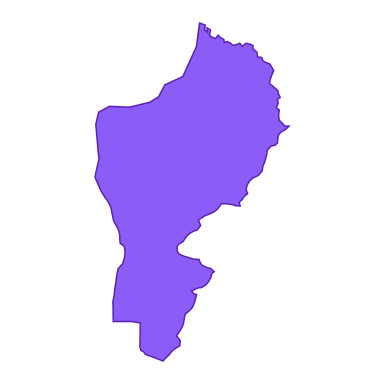 Paulicéia, São Paulo, Brazil (Mercator projection)
{"feature_id": "56859067B44376759807696", "entity_name": "Paulicéia", "entity_type": "district", "adm_level": 2, "iso_a3": "BRA", "parent_name": "Brazil", "parent_adm1": "São Paulo", "projection": "mercator", "projection_center": [-51.775, -21.212], "detail": "fine", "context": "isolated", "style": "filled", "palette": "violet", "viewbox_px": 384, "rotation_deg": 0, "n_neighbors": 0, "source": "geoboundaries", "source_scale": "gbopen_adm2", "svg_char_len": 2250}
<svg xmlns="http://www.w3.org/2000/svg" viewBox="0 0 384 384"><path d="M199.6,23.0L199.1,26.3L196.5,46.4L182.8,76.6L164.9,84.8L158.6,96.8L149.7,102.3L129.2,107.2L109.4,106.3L98.8,112.1L97.8,115.6L95.8,124.5L97.3,141.4L98.1,151.2L99.0,158.9L95.9,172.4L95.0,177.3L100.9,190.7L104.7,197.0L107.5,200.8L110.7,206.7L112.3,214.6L113.3,219.5L114.4,222.6L117.3,227.3L118.8,230.9L119.8,235.5L119.8,239.6L120.2,243.3L124.3,246.5L125.1,251.9L124.6,257.4L122.6,263.7L118.2,268.6L117.3,272.4L116.7,275.8L115.7,283.5L114.7,289.3L114.4,293.8L113.6,298.1L112.9,301.5L113.1,308.4L113.1,313.5L113.2,316.7L113.2,321.6L118.0,321.5L131.8,321.5L140.3,323.0L139.9,347.0L141.0,350.5L143.7,351.8L145.4,354.3L148.3,355.5L152.1,356.7L156.6,358.5L163.0,361.0L165.8,358.0L169.1,354.8L170.8,352.5L173.8,349.5L177.3,347.2L179.8,345.8L180.2,340.7L176.5,335.7L179.3,331.8L181.7,328.0L183.3,324.1L184.3,318.7L185.2,314.3L189.8,310.2L192.5,307.4L194.9,301.3L196.5,294.5L193.8,293.8L191.6,290.9L198.0,287.9L201.4,287.6L205.7,285.0L208.5,281.8L211.0,277.1L211.8,273.5L214.2,271.7L210.7,268.5L207.2,267.6L202.3,265.4L200.1,262.5L199.0,259.4L193.8,259.2L189.4,257.8L184.3,256.3L179.3,254.2L177.3,251.2L177.1,246.7L178.6,244.2L183.1,241.6L184.9,238.8L187.8,234.9L190.3,233.1L193.3,231.3L197.2,230.0L200.6,225.6L198.5,220.0L204.6,215.9L210.5,213.6L213.6,212.1L217.4,209.2L221.5,203.7L227.8,203.9L232.5,204.6L235.2,205.7L240.2,206.0L239.2,202.3L242.0,199.7L244.1,196.6L247.6,193.6L246.2,189.7L246.9,185.6L249.6,180.8L253.4,177.6L258.1,175.6L262.2,170.9L263.0,165.7L264.5,162.5L265.5,159.2L266.8,154.3L267.1,150.4L270.9,146.2L275.2,145.1L277.4,143.0L278.1,136.5L279.3,133.6L281.8,131.6L285.6,129.5L289.0,126.1L284.7,126.1L282.2,123.0L279.2,120.3L278.6,114.7L279.3,110.0L276.2,107.7L278.3,103.3L277.3,99.4L280.2,97.4L278.6,94.1L277.8,90.5L274.8,87.9L272.3,85.6L269.3,83.6L270.2,79.6L271.7,75.2L273.7,70.6L272.1,67.8L269.8,63.9L265.8,62.4L263.0,60.9L261.7,57.4L257.6,57.0L257.0,52.3L252.9,48.8L253.0,45.5L249.9,44.1L245.8,43.3L242.4,46.4L239.7,43.2L236.3,44.6L232.8,45.3L230.3,43.0L227.1,41.5L224.3,42.7L223.8,39.3L220.6,37.7L218.0,35.1L215.6,38.5L212.2,37.2L209.5,35.6L210.5,29.9L207.0,27.9L207.3,32.0L204.6,29.9L205.2,25.1L199.6,23.0Z" fill="#8b5cf6" stroke="#5b21b6" stroke-width="1.5"/></svg>